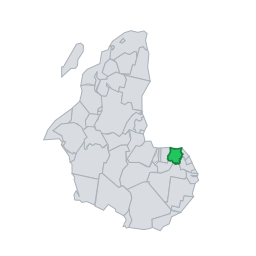 location of Ivory Coast within Africa, rotated 192°
{"feature_id": "CIV", "entity_name": "Ivory Coast", "entity_type": "country or territory", "adm_level": 0, "iso_a3": "CIV", "parent_name": "Africa", "parent_adm1": "", "projection": "natural_earth1", "projection_center": [-5.78, 7.538], "detail": "fine", "context": "in_parent", "style": "filled", "palette": "green", "viewbox_px": 256, "rotation_deg": 192, "n_neighbors": 49, "source": "natural_earth", "source_scale": "50m", "svg_char_len": 12370}
<svg xmlns="http://www.w3.org/2000/svg" viewBox="0 0 256 256"><g transform="rotate(192 128 128)"><path d="M168.5,134.1L180.8,144.2L180.6,154.5L183.0,159.5L181.1,161.0L169.5,162.7L167.8,157.0L160.8,154.1L158.3,149.2L157.8,143.7L161.1,140.6L160.4,134.6L168.5,134.1Z" fill="#d9dde1" stroke="#a8b0b8" stroke-width="1"/><path d="M69.0,57.0L68.9,61.1L61.5,61.0L61.5,68.0L59.3,68.2L59.1,73.5L49.6,74.4L59.0,56.3L69.0,57.0Z" fill="#d9dde1" stroke="#a8b0b8" stroke-width="1"/><path d="M157.8,143.7L160.8,154.1L156.1,154.6L155.0,163.5L157.9,164.5L158.0,167.4L152.2,163.0L140.6,161.5L139.8,151.2L136.0,150.3L133.5,153.1L129.9,153.4L127.2,147.4L117.6,147.2L120.9,143.7L123.2,145.0L126.6,141.1L130.4,132.6L132.5,120.1L134.6,117.8L141.5,120.6L149.1,117.2L153.1,117.3L155.6,119.9L158.6,119.0L162.1,125.5L159.1,129.9L157.8,143.7Z" fill="#d9dde1" stroke="#a8b0b8" stroke-width="1"/><path d="M186.5,136.0L185.1,123.9L187.7,120.0L194.3,117.9L200.7,109.8L191.0,106.6L188.2,102.8L189.5,100.4L193.0,103.2L208.0,98.9L206.0,109.6L200.8,120.0L186.5,136.0Z" fill="#d9dde1" stroke="#a8b0b8" stroke-width="1"/><path d="M180.8,144.2L168.5,134.1L171.2,126.3L168.7,120.0L171.7,116.5L178.3,121.7L187.1,120.9L185.1,123.9L186.5,136.0L180.8,144.2Z" fill="#d9dde1" stroke="#a8b0b8" stroke-width="1"/><path d="M146.4,109.2L144.6,108.0L143.8,107.2L143.9,104.1L140.0,97.3L142.3,88.9L144.3,89.1L143.7,77.2L146.3,77.2L146.0,71.7L173.2,71.7L175.3,80.9L177.5,82.6L174.1,85.5L173.2,94.7L168.9,102.6L168.4,107.9L165.2,98.3L162.2,104.9L159.0,103.6L156.6,106.0L151.4,105.8L147.5,103.6L144.8,108.1L146.4,109.2Z" fill="#d9dde1" stroke="#a8b0b8" stroke-width="1"/><path d="M143.7,78.3L144.3,89.1L142.3,88.9L140.0,97.3L142.3,101.3L131.0,110.1L124.8,111.4L121.6,105.6L125.1,104.4L122.9,95.3L120.4,92.5L124.2,86.3L125.4,76.1L122.7,69.4L124.9,67.9L143.7,78.3Z" fill="#d9dde1" stroke="#a8b0b8" stroke-width="1"/><path d="M125.4,209.2L126.5,207.8L130.1,210.5L133.4,208.9L134.0,198.8L135.9,204.4L137.5,204.1L141.7,200.2L147.0,200.8L156.2,191.5L160.2,191.9L161.4,197.7L160.9,201.7L159.1,201.4L158.1,204.2L159.3,205.7L163.0,204.2L161.1,209.7L151.1,220.6L145.4,223.8L138.3,223.6L132.6,226.2L129.0,224.4L129.1,217.6L125.4,209.2ZM153.7,210.2L151.7,209.9L149.1,212.7L151.4,214.6L153.7,210.2Z" fill="#d9dde1" stroke="#a8b0b8" stroke-width="1"/><path d="M153.7,210.2L151.4,214.6L149.1,212.7L151.7,209.9L153.7,210.2Z" fill="#d9dde1" stroke="#a8b0b8" stroke-width="1"/><path d="M160.2,191.9L153.0,189.8L147.2,179.6L151.3,180.2L159.1,173.6L164.9,176.8L163.9,186.6L160.2,191.9Z" fill="#d9dde1" stroke="#a8b0b8" stroke-width="1"/><path d="M156.2,191.5L147.0,200.8L141.7,200.2L137.5,204.1L135.9,204.4L134.0,198.8L134.3,190.8L136.6,190.7L137.1,181.0L147.2,179.6L153.0,189.8L156.2,191.5Z" fill="#d9dde1" stroke="#a8b0b8" stroke-width="1"/><path d="M134.3,190.8L133.4,208.9L130.1,210.5L126.5,207.8L125.4,209.2L123.0,205.1L121.4,191.5L116.0,178.4L146.8,179.2L137.1,181.0L136.6,190.7L134.3,190.8Z" fill="#d9dde1" stroke="#a8b0b8" stroke-width="1"/><path d="M50.1,94.6L48.0,91.5L51.6,86.8L55.2,86.4L60.7,91.8L62.2,97.7L50.2,97.9L49.8,95.8L56.8,94.8L50.1,94.6Z" fill="#d9dde1" stroke="#a8b0b8" stroke-width="1"/><path d="M62.2,97.7L60.7,91.8L61.9,89.7L76.1,89.4L74.0,63.6L77.5,63.6L96.1,78.0L96.1,79.7L98.7,79.5L97.3,89.2L86.5,90.8L79.6,94.9L76.4,103.3L70.3,103.8L67.7,98.1L65.3,99.3L62.2,97.7Z" fill="#d9dde1" stroke="#a8b0b8" stroke-width="1"/><path d="M49.6,74.4L59.1,73.5L59.3,68.2L61.5,68.0L61.5,61.0L68.9,61.1L69.0,57.0L77.5,63.6L74.0,63.6L76.1,89.4L61.9,89.7L60.7,91.8L55.2,86.4L50.8,87.7L51.4,76.9L49.6,74.4Z" fill="#d9dde1" stroke="#a8b0b8" stroke-width="1"/><path d="M95.3,114.5L93.4,114.8L92.9,106.7L90.8,103.1L95.6,98.3L97.8,102.4L95.4,108.4L95.3,114.5Z" fill="#d9dde1" stroke="#a8b0b8" stroke-width="1"/><path d="M122.7,69.4L125.4,76.1L124.2,86.3L120.4,92.5L122.9,95.3L122.0,97.6L119.4,94.6L109.9,96.7L101.6,93.9L98.5,94.8L97.4,99.8L91.3,96.6L89.8,91.0L97.3,89.2L98.7,79.5L116.1,67.7L121.1,70.4L122.7,69.4Z" fill="#d9dde1" stroke="#a8b0b8" stroke-width="1"/><path d="M95.3,114.5L99.1,94.2L109.9,96.7L119.4,94.6L122.9,98.7L116.5,112.5L110.6,114.0L109.0,118.5L102.9,119.9L99.2,114.5L95.3,114.5Z" fill="#d9dde1" stroke="#a8b0b8" stroke-width="1"/><path d="M122.7,96.6L125.1,104.4L121.6,105.6L125.1,110.6L123.0,118.6L126.4,126.8L111.7,125.3L108.9,119.3L109.5,116.6L112.7,112.4L116.5,112.5L122.7,96.6Z" fill="#d9dde1" stroke="#a8b0b8" stroke-width="1"/><path d="M91.1,101.6L93.4,114.8L91.5,115.4L88.9,102.4L91.1,101.6Z" fill="#d9dde1" stroke="#a8b0b8" stroke-width="1"/><path d="M89.0,101.6L91.5,115.4L82.4,117.9L82.1,101.7L89.0,101.6Z" fill="#d9dde1" stroke="#a8b0b8" stroke-width="1"/><path d="M57.1,97.3L65.3,99.3L67.7,98.1L70.3,103.8L69.7,110.6L67.5,111.6L66.2,108.3L64.5,108.8L63.1,104.2L58.1,107.3L53.7,101.5L57.1,97.3Z" fill="#d9dde1" stroke="#a8b0b8" stroke-width="1"/><path d="M50.2,97.9L57.1,97.3L57.0,99.4L53.7,101.5L50.2,97.9Z" fill="#d9dde1" stroke="#a8b0b8" stroke-width="1"/><path d="M69.3,110.6L68.9,113.9L71.3,116.0L71.0,119.6L62.3,113.1L65.1,108.7L67.5,111.6L69.3,110.6Z" fill="#d9dde1" stroke="#a8b0b8" stroke-width="1"/><path d="M58.1,107.3L63.1,104.2L65.1,108.7L62.3,113.1L58.1,107.3Z" fill="#d9dde1" stroke="#a8b0b8" stroke-width="1"/><path d="M76.4,103.3L79.0,95.6L86.5,90.8L89.8,91.0L91.3,96.6L94.0,97.2L91.1,101.6L82.1,101.7L82.4,105.3L76.4,103.3Z" fill="#d9dde1" stroke="#a8b0b8" stroke-width="1"/><path d="M153.1,117.3L146.2,117.6L141.5,120.6L134.6,117.8L132.3,122.0L129.2,121.4L126.6,125.3L122.9,116.7L124.8,111.4L131.0,110.1L142.3,101.3L143.8,107.2L153.1,117.3Z" fill="#d9dde1" stroke="#a8b0b8" stroke-width="1"/><path d="M132.3,122.0L130.4,132.6L126.6,141.1L123.2,145.0L118.6,143.5L116.9,145.1L115.0,142.3L116.8,140.8L116.0,139.0L118.5,136.8L121.8,138.2L122.9,135.1L121.5,131.4L122.5,128.2L120.2,127.9L119.7,125.3L126.4,126.8L129.2,121.4L132.3,122.0Z" fill="#d9dde1" stroke="#a8b0b8" stroke-width="1"/><path d="M115.5,125.3L119.4,125.2L120.2,127.9L122.5,128.2L121.5,131.4L122.9,135.1L121.8,138.2L118.5,136.8L116.0,139.0L116.8,140.8L115.0,142.3L109.7,134.5L111.3,128.7L115.5,128.6L115.5,125.3Z" fill="#d9dde1" stroke="#a8b0b8" stroke-width="1"/><path d="M111.7,125.3L115.5,125.3L115.5,128.6L111.3,128.7L111.7,125.3Z" fill="#d9dde1" stroke="#a8b0b8" stroke-width="1"/><path d="M160.8,154.1L166.6,157.7L164.9,168.7L166.1,169.4L158.9,171.6L159.1,173.6L151.3,180.2L142.5,179.0L139.6,175.1L140.0,166.5L144.8,166.5L144.7,161.1L152.2,163.0L158.0,167.4L157.9,164.5L155.0,163.5L155.4,156.3L156.8,154.3L160.8,154.1Z" fill="#d9dde1" stroke="#a8b0b8" stroke-width="1"/><path d="M165.5,156.5L169.0,159.0L169.3,168.3L171.7,171.1L169.9,177.1L168.9,171.1L164.9,168.7L167.1,160.0L165.5,156.5Z" fill="#d9dde1" stroke="#a8b0b8" stroke-width="1"/><path d="M169.5,162.7L176.3,162.9L183.0,159.5L183.5,171.3L180.1,176.9L168.9,185.2L169.5,197.0L163.7,200.4L163.0,204.2L161.2,204.2L160.2,191.9L163.9,186.6L164.9,176.8L159.2,174.6L158.9,171.6L166.1,169.4L168.9,171.1L169.9,177.1L171.7,171.1L169.3,168.3L169.5,162.7Z" fill="#d9dde1" stroke="#a8b0b8" stroke-width="1"/><path d="M161.2,204.2L159.3,205.7L158.1,204.2L159.1,201.4L161.2,204.2Z" fill="#d9dde1" stroke="#a8b0b8" stroke-width="1"/><path d="M116.9,145.1L118.6,145.0L117.6,147.2L116.9,145.1ZM117.9,148.0L127.2,147.4L129.9,153.4L133.5,153.1L136.0,150.3L139.8,151.2L140.6,161.5L144.9,162.0L144.8,166.5L140.0,166.5L139.6,175.1L142.5,179.0L116.0,178.4L121.0,162.1L117.9,148.0Z" fill="#d9dde1" stroke="#a8b0b8" stroke-width="1"/><path d="M160.5,138.0L161.1,140.6L157.8,143.7L157.1,139.2L160.5,138.0Z" fill="#d9dde1" stroke="#a8b0b8" stroke-width="1"/><path d="M203.5,164.1L205.6,174.1L204.0,174.1L195.8,199.3L191.8,201.1L188.8,199.4L187.8,193.4L191.2,184.3L190.4,178.7L191.8,175.5L196.2,174.3L203.5,164.1Z" fill="#d9dde1" stroke="#a8b0b8" stroke-width="1"/><path d="M49.8,95.8L53.9,93.8L56.8,94.8L49.8,95.8Z" fill="#d9dde1" stroke="#a8b0b8" stroke-width="1"/><path d="M109.7,49.0L105.0,38.7L106.6,30.9L108.9,29.8L110.5,31.5L112.3,30.5L110.7,38.1L113.9,41.3L109.7,49.0Z" fill="#d9dde1" stroke="#a8b0b8" stroke-width="1"/><path d="M69.0,57.0L69.0,53.0L85.5,43.7L83.5,35.8L85.6,34.3L91.4,31.9L106.6,30.9L105.0,38.7L108.6,44.1L110.5,51.4L109.8,60.5L112.2,65.2L116.1,67.7L101.9,78.3L96.1,79.7L96.1,78.0L69.0,57.0Z" fill="#d9dde1" stroke="#a8b0b8" stroke-width="1"/><path d="M173.5,92.3L174.1,85.5L177.5,82.6L179.8,88.3L189.2,97.0L187.5,97.5L181.8,92.1L173.5,92.3Z" fill="#d9dde1" stroke="#a8b0b8" stroke-width="1"/><path d="M59.0,56.3L67.0,50.1L67.7,42.9L73.0,38.7L75.2,34.2L83.5,35.8L85.5,43.7L69.0,53.0L69.0,56.3L59.0,56.3Z" fill="#d9dde1" stroke="#a8b0b8" stroke-width="1"/><path d="M173.2,71.7L146.0,71.7L144.6,45.6L153.1,47.5L157.6,45.6L159.9,47.3L165.0,46.5L167.0,51.2L165.7,55.8L161.1,50.5L170.1,66.5L169.9,68.7L173.2,71.7Z" fill="#d9dde1" stroke="#a8b0b8" stroke-width="1"/><path d="M144.0,44.7L146.3,77.2L143.7,78.3L124.9,67.9L121.1,70.4L112.2,65.2L109.8,60.5L110.7,46.1L113.9,41.3L122.4,43.7L123.5,46.1L131.3,49.2L134.8,42.5L144.0,44.7Z" fill="#d9dde1" stroke="#a8b0b8" stroke-width="1"/><path d="M200.7,109.8L194.3,117.9L181.7,122.2L173.7,119.4L166.0,110.4L173.5,92.3L176.2,92.9L176.8,90.9L185.6,95.0L187.5,97.5L186.3,101.5L188.7,101.8L191.0,106.6L200.7,109.8Z" fill="#d9dde1" stroke="#a8b0b8" stroke-width="1"/><path d="M187.5,97.5L189.8,97.9L188.7,101.8L186.3,101.5L187.5,97.5Z" fill="#d9dde1" stroke="#a8b0b8" stroke-width="1"/><path d="M168.5,134.1L158.4,135.1L162.2,121.2L168.7,120.0L169.8,121.8L171.2,126.3L168.5,134.1Z" fill="#d9dde1" stroke="#a8b0b8" stroke-width="1"/><path d="M160.4,134.6L161.1,137.7L157.1,139.2L157.7,135.9L160.4,134.6Z" fill="#d9dde1" stroke="#a8b0b8" stroke-width="1"/><path d="M161.3,122.0L158.6,119.0L154.6,119.5L144.8,108.1L149.1,103.2L151.4,105.8L156.6,106.0L159.0,103.6L162.2,104.9L164.5,101.4L163.6,99.0L166.3,98.4L168.4,107.9L166.0,110.4L171.7,116.5L167.3,121.2L161.3,122.0Z" fill="#d9dde1" stroke="#a8b0b8" stroke-width="1"/><path d="M70.4,103.9L70.6,103.9L70.8,103.7L70.9,103.4L71.1,103.2L71.4,103.2L71.5,103.2L71.6,103.3L71.8,103.4L71.8,103.7L72.3,103.7L72.4,103.8L72.6,104.0L72.7,103.9L72.8,103.9L72.7,103.7L72.8,103.4L73.1,103.4L73.3,103.4L73.5,103.3L73.4,103.0L73.4,102.8L73.4,102.6L73.5,102.6L73.7,102.8L73.9,102.8L74.0,102.8L74.0,102.6L74.4,102.4L74.5,102.7L74.5,102.8L74.5,103.1L74.6,103.3L74.5,103.5L74.4,103.6L74.5,103.6L74.7,103.8L74.9,103.8L75.0,103.7L75.3,103.4L75.7,103.2L76.0,103.2L76.3,103.4L76.5,103.5L76.9,103.6L77.1,103.7L77.2,104.0L77.4,104.2L77.4,104.5L77.6,104.7L77.8,104.8L78.0,105.0L78.4,105.1L78.6,105.2L78.7,105.3L78.9,105.3L79.1,105.1L79.3,104.9L79.8,104.7L80.0,104.6L80.7,104.6L81.1,104.6L81.3,104.7L81.5,104.6L81.6,104.8L81.8,105.0L82.0,105.2L82.1,105.4L82.2,105.6L82.3,105.7L82.4,105.9L82.6,105.9L82.7,106.1L82.7,106.3L82.8,106.3L82.7,106.5L82.6,106.8L82.7,107.0L82.8,107.2L82.9,107.5L83.0,107.6L83.1,108.4L83.2,109.2L83.1,109.3L82.9,109.4L82.9,109.5L83.0,109.6L82.9,109.7L82.5,110.0L82.4,110.3L82.3,110.6L82.1,111.3L82.1,111.8L82.0,112.1L81.9,112.2L81.6,112.7L81.5,113.0L81.5,113.3L81.5,113.5L81.5,113.8L81.5,114.0L81.6,114.3L81.8,115.0L81.9,115.4L82.0,115.8L82.0,116.0L82.4,116.2L82.5,116.3L82.6,116.7L82.6,117.0L82.5,117.4L82.5,117.5L82.3,117.5L82.2,117.6L81.9,117.5L81.6,117.4L81.7,117.0L81.3,117.5L81.2,117.6L80.0,117.3L79.7,117.1L79.4,117.1L78.9,117.1L78.4,117.2L78.3,117.3L79.4,117.2L79.5,117.2L79.6,117.3L78.1,117.5L77.6,117.5L77.4,117.5L77.3,117.4L76.7,117.4L76.5,117.5L77.1,117.5L76.0,117.7L75.2,117.9L74.9,118.0L73.7,118.6L73.0,118.8L72.8,118.9L72.5,119.2L72.1,119.3L71.7,119.6L71.4,119.7L71.3,119.1L71.3,118.4L71.3,118.1L71.3,117.9L71.3,117.7L71.5,117.6L71.5,117.3L71.7,117.0L71.7,116.6L71.7,116.4L71.7,116.2L71.6,115.6L71.2,115.5L71.0,115.4L70.8,115.3L70.8,115.1L70.7,115.0L70.7,114.8L70.6,114.6L70.4,114.4L70.2,114.4L69.9,114.4L69.7,114.3L69.4,114.1L69.2,114.0L69.1,113.9L68.9,113.8L69.4,113.3L69.6,113.0L69.6,112.9L69.6,112.7L69.6,112.3L69.4,111.4L69.3,111.1L69.2,111.0L69.3,110.9L69.5,110.9L69.8,111.0L69.9,110.9L70.1,110.4L70.0,110.1L70.2,109.8L70.3,109.7L70.3,109.4L70.2,109.3L69.8,109.2L69.7,109.1L69.8,108.7L70.2,108.4L70.4,108.5L70.6,108.5L70.8,108.5L70.9,108.8L71.0,108.8L71.1,108.7L71.1,108.3L71.0,108.0L70.8,107.8L70.5,107.6L70.4,107.4L70.5,107.1L70.9,106.9L70.7,106.7L70.6,106.2L70.6,105.9L70.4,106.0L70.1,105.9L70.0,105.7L70.0,105.2L70.0,104.7L70.0,104.4L70.2,104.2L70.3,104.0L70.4,103.9ZM81.8,117.6L81.5,117.6L81.8,117.6Z" fill="#22c55e" stroke="#15803d" stroke-width="1.5"/></g></svg>